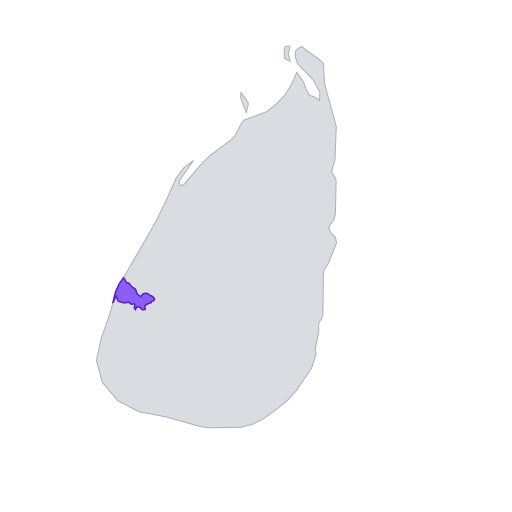 Kŏḷamba highlighted on a map of Sri Lanka, rotated 35°
{"feature_id": "LKA-2470", "entity_name": "Kŏḷamba", "entity_type": "District", "adm_level": 1, "iso_a3": "LKA", "parent_name": "Sri Lanka", "parent_adm1": "", "projection": "albers", "projection_center": [80.037, 6.845], "detail": "fine", "context": "in_parent", "style": "filled", "palette": "violet", "viewbox_px": 512, "rotation_deg": 35, "n_neighbors": 0, "source": "natural_earth", "source_scale": "10m", "svg_char_len": 2030}
<svg xmlns="http://www.w3.org/2000/svg" viewBox="0 0 512 512"><g transform="rotate(35 256 256)"><path d="M173.6,58.2L183.3,58.7L193.7,58.5L201.0,59.8L213.4,75.6L247.4,103.8L265.9,132.5L267.6,138.8L270.1,144.2L274.6,145.7L278.3,148.2L296.8,175.8L299.0,181.3L298.7,187.3L299.8,191.8L304.6,194.1L310.6,195.2L314.6,199.4L319.6,221.5L319.7,228.4L321.1,231.4L344.5,265.8L345.8,270.0L345.6,273.1L346.3,275.8L350.8,281.9L357.9,298.3L361.5,302.0L365.9,316.3L366.2,343.8L364.7,356.0L360.4,370.8L355.3,385.4L349.7,395.9L342.1,404.8L315.9,423.8L308.4,427.6L274.3,439.5L249.2,450.8L225.9,453.8L202.6,447.7L185.1,433.0L176.1,411.3L170.0,388.8L161.1,363.7L154.3,286.2L151.0,264.6L145.8,237.0L146.3,225.1L150.0,213.6L150.0,238.7L153.4,241.9L156.0,238.6L158.4,212.6L160.3,201.6L169.5,172.9L169.7,167.9L168.1,157.1L168.2,151.7L182.0,131.6L185.5,119.9L187.4,107.9L186.6,95.0L184.1,82.2L195.2,86.3L201.4,90.7L207.6,93.7L212.6,92.2L218.7,92.1L214.4,85.2L201.5,78.8L180.0,74.8L173.3,69.8L170.8,65.4L172.1,60.2L173.6,58.2ZM162.7,136.2L165.7,143.9L157.3,138.6L151.8,134.2L149.9,130.6L161.2,134.6L162.7,136.2ZM172.3,76.8L166.0,77.9L161.0,71.1L159.8,68.2L161.1,66.2L162.5,65.2L164.1,65.5L166.5,71.8L172.3,76.8Z" fill="#d9dde1" stroke="#a8b0b8" stroke-width="1"/><path d="M165.3,375.7L161.5,366.0L160.1,358.2L159.9,357.5L159.9,350.1L160.1,349.8L162.3,350.6L163.9,351.5L165.7,352.0L166.5,351.5L167.5,351.1L172.5,352.6L174.3,352.3L176.0,352.2L177.4,353.0L178.6,354.1L179.7,354.8L180.9,355.2L182.7,355.4L184.9,355.3L185.0,353.3L185.4,351.4L187.0,349.8L189.0,348.9L191.8,349.1L193.6,348.5L195.9,348.6L197.6,349.5L197.9,351.4L196.6,352.7L196.7,353.6L196.8,354.6L195.5,356.2L194.4,358.0L193.9,359.4L193.4,360.6L195.9,363.3L193.7,365.3L190.7,364.6L187.4,366.0L188.0,369.0L186.1,368.5L184.7,365.4L184.2,365.1L183.6,365.0L182.3,366.4L180.7,367.2L179.6,366.7L178.5,366.9L174.6,370.2L173.4,370.7L172.2,371.0L169.3,372.1L164.6,369.2L164.5,370.9L165.1,372.8L165.4,374.1L165.5,375.4L165.4,375.4L165.3,375.7Z" fill="#8b5cf6" stroke="#5b21b6" stroke-width="1.5"/></g></svg>